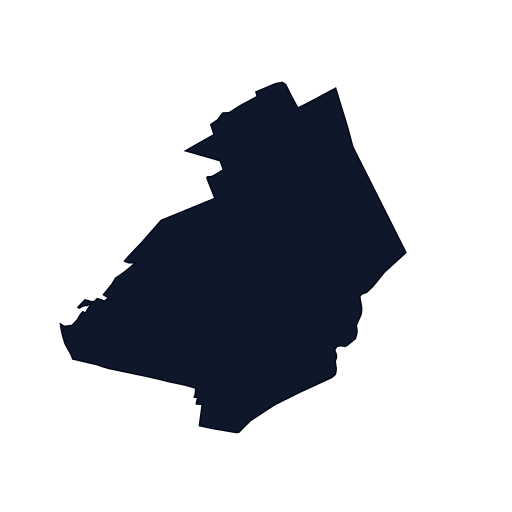 outline of Racasdia, Caras-Severin, Romania, rotated 122°
{"feature_id": "2599482B50821892840629", "entity_name": "Racasdia", "entity_type": "district", "adm_level": 2, "iso_a3": "ROU", "parent_name": "Romania", "parent_adm1": "Caras-Severin", "projection": "albers", "projection_center": [21.603, 44.997], "detail": "fine", "context": "isolated", "style": "filled", "palette": "ink", "viewbox_px": 512, "rotation_deg": 122, "n_neighbors": 0, "source": "geoboundaries", "source_scale": "gbopen_adm2", "svg_char_len": 2024}
<svg xmlns="http://www.w3.org/2000/svg" viewBox="0 0 512 512"><g transform="rotate(122 256 256)"><path d="M429.9,214.1L425.0,200.6L424.6,199.6L416.0,178.8L414.4,177.1L406.1,175.3L398.4,173.4L372.3,161.4L348.5,146.8L319.1,127.5L314.9,126.1L313.6,126.3L312.3,126.7L311.1,127.2L309.9,127.8L308.6,128.6L303.2,133.1L299.4,133.9L296.9,135.8L295.3,138.0L293.8,139.5L289.9,139.6L288.5,138.1L287.1,136.6L285.9,133.7L285.3,132.4L284.5,132.0L283.5,131.4L273.5,128.0L269.8,128.9L266.3,130.4L261.4,134.3L250.0,135.9L246.5,137.4L243.5,139.3L235.5,146.5L235.3,146.5L235.1,146.5L234.3,146.5L233.5,146.4L232.7,146.1L231.9,145.8L231.3,145.4L228.2,142.9L219.3,140.7L201.9,138.6L173.6,130.7L112.1,231.8L98.6,246.2L71.5,277.4L99.7,293.6L108.3,298.9L105.1,304.7L101.8,310.4L98.4,316.0L94.9,321.6L94.9,325.8L99.6,330.8L116.9,343.0L120.1,339.5L136.8,349.0L148.8,354.8L152.4,360.0L160.9,360.7L168.5,364.0L175.3,355.9L179.5,358.2L204.2,371.6L194.2,336.9L200.0,329.5L204.3,331.4L210.1,334.4L211.9,335.5L213.9,338.1L214.7,339.2L215.7,339.0L216.6,338.0L228.9,321.4L276.0,355.3L306.5,360.3L314.9,362.1L323.4,363.8L330.0,364.8L329.3,360.5L325.7,354.7L328.7,355.6L331.7,356.5L334.7,357.5L337.6,358.5L340.5,359.6L343.4,360.8L346.2,362.0L349.0,363.4L356.0,363.2L369.7,364.9L369.6,358.8L374.8,360.7L375.1,364.4L375.9,366.4L376.2,368.0L380.6,369.2L382.5,372.6L382.5,373.8L383.6,376.9L383.9,377.8L392.0,379.5L393.9,379.8L393.8,378.2L390.0,376.2L389.3,375.1L388.2,374.8L387.8,373.1L385.4,372.0L385.5,370.4L388.2,370.6L391.1,370.6L392.4,370.4L394.7,370.6L395.2,373.4L398.9,373.9L401.9,373.8L404.9,373.7L412.3,375.2L415.4,379.0L417.1,380.8L417.3,383.3L417.3,385.8L421.0,382.7L423.8,380.0L426.5,377.2L429.1,374.3L431.6,371.4L437.8,360.2L440.5,356.9L435.6,342.6L432.2,332.5L431.2,327.8L429.4,321.3L416.2,285.4L411.9,273.0L408.6,262.8L406.0,255.9L403.0,247.5L400.0,237.1L405.7,234.1L408.4,233.6L406.9,230.4L410.4,229.3L411.8,228.8L413.1,228.2L412.2,226.5L411.2,224.7L410.2,223.0L416.9,220.0L429.9,214.1Z" fill="#0f172a" stroke="#020617" stroke-width="1.5"/></g></svg>